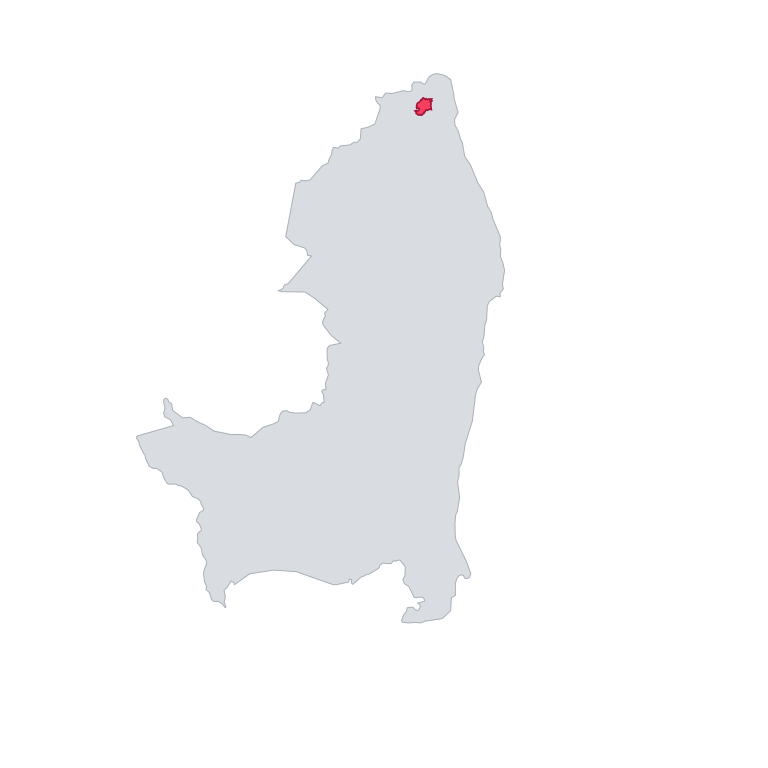 Candarave, Tacna, Peru (highlighted), rotated 220°
{"feature_id": "86281439B21973804686801", "entity_name": "Candarave", "entity_type": "district", "adm_level": 2, "iso_a3": "PER", "parent_name": "Peru", "parent_adm1": "Tacna", "projection": "albers", "projection_center": [-70.288, -17.116], "detail": "fine", "context": "in_parent", "style": "filled", "palette": "rose", "viewbox_px": 768, "rotation_deg": 220, "n_neighbors": 0, "source": "geoboundaries", "source_scale": "gbopen_adm2", "svg_char_len": 7097}
<svg xmlns="http://www.w3.org/2000/svg" viewBox="0 0 768 768"><g transform="rotate(220 384 384)"><path d="M542.6,230.5L542.4,232.4L539.9,233.4L537.5,232.0L534.1,232.4L528.9,227.9L516.5,228.6L511.1,233.9L502.9,235.1L493.9,237.6L483.8,238.7L468.0,247.3L464.4,250.8L457.3,255.9L451.5,257.6L448.8,273.1L443.2,282.1L441.0,287.1L444.3,294.5L444.2,298.2L441.1,301.2L438.5,301.5L433.1,304.8L425.3,311.8L423.9,317.0L426.6,323.9L425.8,324.7L419.2,326.2L419.4,330.0L418.1,331.6L423.7,337.0L426.9,338.2L427.1,339.7L426.6,341.1L425.3,341.7L425.3,342.9L429.4,347.0L432.4,355.2L438.3,359.2L438.5,361.8L440.2,364.5L443.2,366.4L450.4,374.6L450.5,378.5L443.4,387.4L455.4,387.2L468.7,390.1L470.6,391.5L472.2,395.5L472.4,398.1L475.1,400.2L474.9,405.1L492.4,405.0L503.6,403.7L521.9,388.8L524.8,387.6L523.2,390.8L523.0,393.1L524.0,395.7L521.9,399.3L521.8,435.5L525.1,433.5L529.4,436.9L532.5,437.1L542.4,433.0L554.0,433.7L580.7,481.2L578.3,484.4L578.4,486.9L575.1,488.9L571.8,492.7L571.5,511.6L568.8,517.3L570.3,520.2L571.7,526.2L574.1,529.9L574.7,532.2L574.4,533.1L570.7,535.1L570.4,538.5L563.8,545.2L562.6,549.8L560.1,551.3L559.6,556.4L565.6,564.8L561.7,569.8L558.1,577.2L564.1,592.8L566.5,595.1L569.1,594.9L573.0,596.3L575.1,598.7L570.2,601.6L569.4,602.9L569.8,608.0L564.5,611.8L557.4,621.6L555.5,622.1L552.0,625.0L551.3,626.5L551.9,627.9L554.9,630.8L555.3,634.4L550.2,638.8L546.6,639.2L545.3,640.4L546.7,646.4L546.7,649.2L545.6,652.4L543.1,655.8L535.6,659.5L528.7,660.1L517.1,651.1L513.4,647.4L501.9,639.8L500.0,631.9L496.1,628.0L489.0,625.1L483.3,621.0L479.0,619.2L468.5,610.2L458.9,607.5L440.9,598.2L431.2,595.2L418.7,586.6L412.0,584.3L406.5,580.3L390.1,571.9L387.4,569.1L384.8,564.8L381.2,562.3L376.9,556.5L370.8,553.2L364.8,548.7L357.3,536.4L353.8,533.7L353.4,528.0L351.0,525.5L354.4,523.5L356.4,514.7L355.1,510.3L346.4,498.7L344.6,493.9L338.2,485.0L335.8,479.6L330.8,475.8L328.6,472.5L325.9,471.2L325.6,467.0L323.4,459.1L320.6,455.2L310.5,448.1L309.3,440.0L306.9,434.5L292.4,412.2L283.5,390.7L276.3,378.9L273.3,372.0L272.9,368.3L267.6,362.1L264.7,356.3L253.0,345.5L245.8,333.2L244.8,329.5L240.0,322.8L232.4,314.1L228.6,310.7L206.3,300.8L195.7,294.6L194.3,291.2L194.7,289.2L196.9,287.1L200.1,288.4L201.9,287.7L203.3,285.2L203.1,281.4L200.9,276.8L193.4,267.9L195.0,263.6L187.3,253.3L188.4,242.8L189.9,240.1L199.9,228.9L202.6,224.3L207.0,221.3L211.5,216.8L216.9,213.3L218.6,214.3L220.6,219.8L220.5,223.6L222.3,227.6L218.6,231.6L214.3,231.1L212.7,232.1L212.2,233.9L213.0,236.7L214.2,237.9L217.3,237.8L213.4,243.6L213.7,244.6L216.8,245.5L219.5,243.9L222.3,240.6L224.1,240.1L235.1,244.9L240.0,244.1L244.0,246.4L244.6,250.3L250.3,257.8L258.3,259.3L259.6,258.6L261.3,255.6L263.1,255.1L263.2,250.8L269.9,245.9L270.8,242.8L269.7,240.6L269.8,238.8L273.4,228.5L274.7,227.4L275.8,224.1L277.3,222.1L279.1,210.6L281.1,210.6L283.0,213.2L285.1,212.4L283.9,209.9L284.2,209.0L291.5,199.7L293.9,197.6L330.7,183.8L348.9,170.5L364.9,152.2L369.6,134.1L371.5,135.3L374.6,134.8L373.4,127.6L374.0,124.1L373.9,123.1L368.6,118.9L366.4,114.2L361.8,111.7L362.0,110.6L366.8,111.5L371.1,111.0L374.7,107.9L377.5,108.1L383.8,112.0L388.4,112.2L389.9,115.1L394.4,117.1L400.9,123.2L403.8,129.8L403.7,131.1L406.6,134.6L412.7,136.2L418.9,141.0L425.2,142.5L428.1,146.9L429.9,148.3L430.8,150.9L429.8,153.9L430.8,155.5L435.5,158.1L439.5,158.2L440.3,159.4L442.7,166.9L441.3,170.7L441.9,172.7L447.1,174.5L448.7,176.1L452.8,176.4L458.6,174.7L465.9,176.9L471.5,176.0L474.1,175.4L476.7,173.7L478.9,173.7L484.6,168.9L486.2,168.5L492.3,170.6L497.5,173.8L503.8,173.2L506.4,171.1L511.0,170.0L519.3,174.0L521.1,175.9L523.4,176.2L532.3,180.2L533.9,181.8L538.6,183.4L539.6,184.7L539.3,186.1L518.5,216.9L524.9,219.4L530.9,217.9L534.0,219.9L536.3,224.9L541.0,228.3L542.6,230.5Z" fill="#d9dde1" stroke="#a8b0b8" stroke-width="1"/><path d="M536.7,616.9L536.6,616.7L536.6,616.4L536.3,616.3L536.2,616.3L536.0,616.2L535.9,616.1L535.8,616.3L535.7,616.4L535.7,616.5L535.4,617.0L535.2,617.1L534.8,617.1L534.6,617.2L534.5,617.3L534.4,617.4L534.4,617.6L534.2,617.6L533.9,617.5L533.7,617.4L533.6,617.1L533.5,616.7L533.4,616.6L533.4,616.4L533.4,616.1L533.4,615.9L533.5,615.7L533.6,615.4L533.6,615.0L533.7,614.8L533.8,614.5L533.9,614.4L534.0,614.4L534.3,614.5L534.4,614.4L534.5,614.1L534.8,613.9L535.0,613.9L535.2,614.0L535.3,613.9L535.5,613.8L535.6,613.7L535.6,613.3L535.7,613.2L535.3,613.2L535.1,613.1L535.0,612.9L534.9,612.9L534.9,613.0L534.7,613.0L534.4,613.0L534.1,612.9L533.7,612.8L533.6,612.7L533.5,612.3L533.3,612.2L533.2,612.1L533.2,611.9L532.7,612.0L532.4,612.1L532.2,612.0L532.0,611.9L531.9,611.9L531.6,611.9L531.6,612.0L531.2,612.2L531.1,612.3L530.9,612.3L530.7,612.4L530.4,612.4L530.4,612.5L530.2,612.7L529.9,612.8L529.9,613.0L529.7,613.2L529.4,613.2L529.4,613.3L529.2,613.3L529.0,613.6L528.8,613.6L528.7,613.6L528.4,613.8L528.2,613.9L528.0,614.0L528.0,614.4L527.9,614.5L527.7,614.6L527.8,614.8L527.8,615.0L528.0,615.4L528.0,615.5L527.9,615.6L527.7,615.8L527.7,616.0L527.6,616.3L527.5,616.5L527.6,616.8L527.4,616.9L527.3,617.1L527.6,617.4L527.8,617.5L528.0,617.7L527.9,617.8L527.9,618.0L527.8,618.3L527.5,618.7L527.4,618.9L527.4,619.0L527.5,619.3L527.7,619.5L527.8,619.6L527.8,619.9L527.9,620.0L528.0,620.3L528.0,620.5L527.9,620.7L527.9,620.9L527.9,621.0L527.8,621.3L527.7,621.4L527.4,621.3L527.3,621.5L527.2,621.5L526.9,621.4L526.8,621.5L526.6,621.5L526.5,621.8L526.5,622.0L526.3,622.4L526.2,622.5L526.1,622.9L526.0,623.0L525.8,623.2L525.8,623.5L525.7,623.7L525.5,624.0L525.4,624.1L525.2,624.1L525.0,624.5L524.8,624.5L524.7,624.9L524.4,624.8L524.2,624.8L527.7,628.0L527.7,628.4L527.7,628.5L527.8,628.7L527.9,628.9L528.0,629.0L530.3,630.3L530.2,630.3L530.0,630.5L529.9,630.6L529.5,630.7L529.4,630.8L529.2,630.9L529.2,631.0L529.1,631.4L529.2,631.5L529.2,631.8L529.3,631.8L529.5,631.9L529.7,632.0L529.9,632.1L530.1,632.3L530.3,632.4L530.4,632.5L530.5,632.5L530.8,632.7L530.8,632.8L530.8,633.0L530.9,632.9L531.2,632.7L531.4,632.5L531.5,632.4L531.5,632.2L531.9,632.0L532.0,631.8L532.2,631.7L532.3,631.6L532.4,631.4L532.5,631.4L532.8,631.4L532.9,631.2L532.7,631.0L532.7,630.9L532.9,630.8L533.1,630.8L533.2,630.7L533.2,630.4L533.3,630.4L533.4,630.2L533.5,630.1L533.8,629.8L534.0,629.8L534.4,629.8L534.4,629.7L534.5,629.5L534.6,629.4L534.7,629.2L534.8,629.2L535.0,628.9L535.1,629.0L535.1,628.9L535.3,628.8L535.5,628.7L535.8,628.6L536.0,628.5L536.3,628.7L536.5,628.6L536.8,628.5L537.0,628.5L537.3,628.6L537.7,628.5L537.7,628.4L537.8,628.3L538.0,628.2L538.2,627.9L538.2,627.7L538.0,627.3L537.9,627.1L537.9,626.8L537.8,626.6L537.8,626.4L537.8,626.2L537.6,626.2L537.8,625.8L537.9,625.7L538.1,625.5L538.1,625.4L538.0,625.2L538.0,624.9L538.4,624.9L538.3,624.7L538.2,624.6L538.2,624.4L538.1,624.2L538.1,623.9L538.1,623.6L538.1,623.1L538.2,622.9L538.2,622.7L538.3,622.5L538.4,622.3L538.4,622.2L538.4,621.9L538.5,621.7L538.8,621.4L538.9,621.2L538.8,620.7L538.7,620.3L538.7,620.2L538.8,620.1L538.8,619.9L538.7,619.7L538.4,619.3L538.2,619.1L538.2,618.8L538.1,618.6L538.2,618.4L538.0,618.2L537.9,618.1L537.7,618.1L537.5,617.9L537.5,617.6L537.4,617.5L537.3,617.4L537.2,617.3L537.1,617.1L536.9,617.1L536.7,617.1L536.7,616.9Z" fill="#f43f5e" stroke="#9f1239" stroke-width="1.5"/></g></svg>